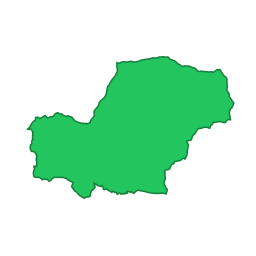 the district of Mistrató, Risaralda, Colombia, rotated 102°
{"feature_id": "7082276B87448620862857", "entity_name": "Mistrató", "entity_type": "district", "adm_level": 2, "iso_a3": "COL", "parent_name": "Colombia", "parent_adm1": "Risaralda", "projection": "mercator", "projection_center": [-75.911, 5.407], "detail": "fine", "context": "isolated", "style": "filled", "palette": "green", "viewbox_px": 256, "rotation_deg": 102, "n_neighbors": 0, "source": "geoboundaries", "source_scale": "gbopen_adm2", "svg_char_len": 5877}
<svg xmlns="http://www.w3.org/2000/svg" viewBox="0 0 256 256"><g transform="rotate(102 128 128)"><path d="M98.6,29.4L96.0,30.4L93.2,31.7L91.5,32.1L88.7,32.0L88.0,31.9L86.9,30.7L85.2,30.3L84.2,30.0L81.4,29.7L81.0,30.0L80.9,30.4L79.8,31.9L79.0,32.4L76.3,35.3L75.9,35.6L74.1,36.0L72.8,36.7L72.4,37.1L71.8,38.1L71.2,38.8L70.5,39.1L69.1,39.4L66.5,39.4L65.4,40.0L64.6,40.1L62.7,40.8L61.8,41.1L60.9,41.0L60.1,41.2L59.0,41.7L57.9,42.9L57.6,43.8L56.8,45.1L55.2,46.9L53.8,48.4L51.9,49.9L51.9,51.2L52.7,53.3L53.3,53.9L54.8,55.1L55.5,55.8L55.7,56.6L55.6,57.8L55.7,58.7L56.4,60.2L56.5,61.0L56.7,63.9L56.9,64.8L57.1,66.3L57.0,67.9L57.8,69.6L57.9,71.1L57.2,72.7L56.6,73.3L55.6,74.9L55.4,76.4L55.3,78.0L54.9,80.1L54.9,82.1L55.5,85.7L56.3,87.1L56.5,88.2L56.2,89.0L55.4,90.2L55.0,92.0L54.6,93.1L53.5,94.5L52.6,96.3L51.9,101.7L50.5,103.2L50.2,103.7L50.5,104.8L50.9,105.8L50.9,107.6L51.8,111.3L52.2,112.6L53.4,113.9L54.2,117.5L54.2,118.4L55.8,121.0L56.5,123.2L58.7,128.9L60.8,132.2L62.2,134.9L62.1,138.4L62.4,139.8L63.0,140.9L63.9,143.4L63.9,145.5L64.2,146.5L65.0,148.2L66.1,149.4L66.5,151.4L66.5,152.0L66.3,152.4L67.3,152.3L71.4,151.3L72.6,150.8L73.3,150.1L75.5,150.4L80.7,151.7L82.4,152.8L84.7,153.9L88.0,155.1L90.2,155.5L91.6,156.6L99.1,156.4L102.1,157.0L104.4,158.3L107.9,161.0L109.0,161.3L111.6,161.5L112.8,161.8L117.8,164.4L119.3,164.6L122.1,163.7L123.8,163.8L125.1,164.3L127.8,166.0L129.2,166.2L130.1,166.1L130.6,166.3L132.1,168.3L132.5,169.0L132.1,170.0L132.9,172.0L132.9,172.4L132.6,173.0L133.0,174.1L133.0,175.5L132.7,177.3L132.7,178.8L131.9,181.5L131.0,183.0L129.5,184.4L129.1,185.2L129.1,186.8L128.5,188.8L129.3,191.0L129.3,192.6L129.0,194.3L128.0,195.7L128.4,197.7L128.2,198.5L127.7,199.4L127.7,199.9L128.3,201.1L129.3,202.2L130.7,203.0L131.8,203.4L132.1,203.6L132.5,204.2L133.1,206.1L133.3,206.5L133.8,206.9L134.8,208.5L134.9,208.9L134.5,209.9L133.6,210.5L132.9,211.6L133.4,212.0L133.9,212.8L135.3,214.1L136.1,215.2L137.2,216.0L136.9,216.8L136.3,217.7L136.1,218.4L136.3,218.8L136.8,220.4L137.5,220.7L139.0,220.2L140.0,220.5L140.4,220.7L141.0,221.7L142.2,222.5L145.0,223.6L146.7,223.9L147.7,224.3L149.9,226.0L150.1,226.6L150.1,224.9L149.3,223.0L149.9,222.0L151.5,220.5L151.7,219.9L152.0,219.8L152.6,220.2L152.8,220.3L153.9,219.7L154.9,219.8L155.3,219.3L156.1,219.3L157.0,219.6L157.8,219.2L158.3,219.2L158.8,218.7L159.5,219.1L161.2,219.4L163.1,218.8L163.5,219.0L164.7,219.8L165.0,219.9L166.2,219.7L167.0,219.7L168.6,219.4L169.6,218.5L170.8,217.7L171.0,217.1L170.7,216.5L170.7,216.0L170.9,214.8L171.2,213.9L171.7,213.7L172.2,212.7L172.6,212.3L172.9,212.3L173.1,212.0L173.5,212.1L173.8,211.7L174.3,211.7L174.4,211.1L174.9,211.4L175.4,211.2L175.9,211.3L176.3,211.0L176.9,211.4L177.3,211.3L177.5,210.8L177.7,210.7L178.5,211.1L178.8,211.0L180.0,210.1L181.1,210.2L182.0,209.8L182.7,209.8L183.3,209.3L183.7,209.1L184.1,209.2L185.0,209.8L185.0,210.2L184.6,210.3L184.5,210.7L185.1,211.4L185.1,212.1L185.7,211.9L186.9,211.0L189.3,211.3L190.5,211.2L191.0,211.4L194.5,210.3L194.8,210.1L195.2,209.5L195.5,208.4L195.2,206.0L195.1,205.6L194.7,205.1L194.7,204.6L195.6,202.1L196.0,201.7L196.4,201.6L196.5,201.3L195.8,199.9L195.2,197.6L195.2,196.6L195.4,196.0L196.0,194.7L196.5,194.1L195.6,192.8L195.1,192.4L193.6,191.9L192.6,191.1L191.4,189.2L191.0,186.7L190.6,186.0L190.6,184.7L189.9,181.1L189.9,180.0L190.2,179.0L189.9,178.0L190.7,176.6L191.4,175.9L191.5,174.9L192.8,170.5L193.8,170.3L196.1,170.9L197.0,170.9L198.4,169.7L199.3,168.4L200.6,167.2L201.7,164.4L202.7,163.3L203.4,162.0L204.0,161.6L204.2,161.3L204.5,159.6L205.4,157.7L205.8,156.0L204.8,155.4L204.5,154.7L203.9,153.8L203.6,152.2L202.7,151.1L202.2,150.6L201.6,151.0L201.2,151.1L197.2,150.8L196.9,150.7L196.4,150.0L195.7,149.4L195.3,149.4L193.7,148.1L193.2,147.9L191.6,148.3L191.4,148.5L191.2,149.0L190.5,148.9L189.7,149.0L189.0,149.5L189.3,148.3L189.7,147.6L189.8,146.7L190.5,146.2L190.6,145.9L190.5,144.8L190.8,143.5L190.8,142.4L190.7,142.1L190.1,142.0L189.8,141.7L190.0,141.5L189.8,141.1L190.0,140.9L190.8,140.6L191.3,139.8L192.8,139.5L192.9,139.0L193.2,138.8L193.2,138.6L192.9,138.3L192.7,137.9L192.3,135.7L193.0,134.3L193.4,133.7L193.3,133.1L193.4,132.5L193.8,131.5L194.3,131.0L194.4,130.6L193.5,130.1L193.0,129.1L193.0,128.7L193.7,128.1L193.8,127.6L193.3,127.0L193.3,126.6L193.9,125.8L194.9,125.1L195.1,124.5L194.9,124.2L194.1,124.0L193.5,123.4L193.4,122.5L194.0,121.7L194.0,120.6L193.4,120.1L193.5,119.0L192.9,118.8L193.1,118.1L192.7,117.1L192.8,116.7L191.6,116.0L191.6,115.8L191.9,115.4L191.8,115.2L191.0,115.2L190.7,115.7L190.5,115.8L190.4,115.7L190.4,115.4L190.0,115.2L190.3,114.7L189.9,113.8L190.3,113.5L189.8,112.6L189.8,112.4L190.2,112.1L189.7,111.3L190.3,110.4L190.4,110.2L190.1,109.8L190.7,108.8L190.5,108.4L189.7,108.1L188.5,107.3L187.4,106.2L186.5,104.6L186.8,103.1L186.6,97.6L186.9,95.5L186.7,91.3L186.1,86.3L185.2,82.9L184.5,81.0L184.4,79.4L184.5,76.9L182.2,76.9L181.4,76.7L180.2,76.8L179.4,77.3L179.0,78.2L178.7,78.5L177.8,79.1L176.8,79.4L176.0,80.6L175.0,81.1L171.9,81.5L171.0,80.9L170.4,81.0L167.3,81.6L166.4,82.2L164.4,82.3L161.9,83.2L161.4,82.8L161.1,82.3L160.7,80.4L159.4,78.9L158.4,78.6L157.6,78.6L156.9,78.2L155.8,78.3L155.2,78.0L154.8,77.8L153.5,75.9L152.8,75.6L151.5,75.5L151.1,75.2L150.5,73.6L149.9,72.9L149.8,71.9L148.8,70.1L148.3,69.4L146.6,68.3L146.0,67.2L146.0,66.5L146.5,66.1L146.2,65.5L145.4,65.6L142.9,64.8L140.0,64.9L139.2,65.1L136.0,65.3L132.3,65.3L129.9,67.0L129.6,67.5L129.2,67.7L128.8,67.8L128.5,67.6L128.1,67.0L128.0,66.5L127.3,65.4L127.0,64.3L126.2,63.5L125.6,63.4L124.7,63.5L124.0,63.3L122.6,63.2L120.9,62.5L119.7,61.2L117.1,60.6L114.4,59.3L114.1,59.0L113.7,58.4L113.5,57.5L113.1,56.9L112.8,55.7L112.1,54.9L111.3,53.4L110.9,50.0L111.3,48.4L111.3,48.0L108.8,47.7L106.6,46.1L104.9,45.7L104.6,45.5L104.3,44.5L104.4,44.0L103.0,41.0L102.6,38.6L102.6,37.7L102.5,36.9L102.9,35.6L102.5,34.0L99.7,32.6L99.3,32.3L98.9,31.9L98.8,30.2L98.6,29.4Z" fill="#22c55e" stroke="#15803d" stroke-width="1.5"/></g></svg>